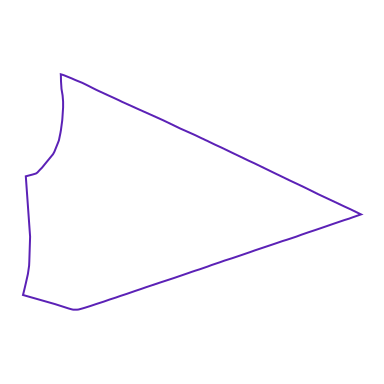 outline of Bang Rak, Bangkok Metropolis, Thailand
{"feature_id": "78962969B21666986895715", "entity_name": "Bang Rak", "entity_type": "district", "adm_level": 2, "iso_a3": "THA", "parent_name": "Thailand", "parent_adm1": "Bangkok Metropolis", "projection": "robinson", "projection_center": [100.525, 13.728], "detail": "fine", "context": "isolated", "style": "outline", "palette": "violet", "viewbox_px": 384, "rotation_deg": 0, "n_neighbors": 0, "source": "geoboundaries", "source_scale": "gbopen_adm2", "svg_char_len": 1631}
<svg xmlns="http://www.w3.org/2000/svg" viewBox="0 0 384 384"><path d="M23.0,295.0L55.0,304.1L68.4,308.4L69.8,308.8L71.2,309.2L72.4,309.5L73.5,309.7L74.7,309.7L76.8,309.7L78.6,309.5L82.6,308.4L85.3,307.6L90.4,306.0L96.0,304.1L103.8,301.6L109.7,299.5L116.0,297.5L120.5,295.9L126.7,293.9L135.0,291.0L141.0,289.0L146.1,287.2L155.1,284.2L161.1,282.2L168.5,279.8L174.3,277.9L180.4,275.8L189.4,272.7L191.3,272.0L195.2,270.7L199.7,269.3L207.8,266.5L211.7,265.0L219.8,262.3L224.5,260.6L232.2,258.2L239.9,255.6L250.1,252.1L254.8,250.4L259.6,248.8L266.2,246.6L271.3,244.9L276.9,243.0L282.7,241.0L286.7,239.8L290.1,238.7L296.4,236.6L301.7,234.6L308.4,232.3L314.8,230.2L320.7,228.2L327.1,226.0L333.4,223.8L344.3,220.1L349.2,218.6L352.7,217.3L355.6,216.3L361.0,214.4L358.7,213.3L358.1,213.0L350.1,209.1L344.4,206.5L318.0,194.1L304.1,187.2L289.0,180.1L278.1,174.8L277.2,174.4L269.2,170.5L254.4,163.3L248.7,160.7L231.2,152.3L221.5,147.6L215.1,144.7L208.5,141.5L207.6,141.0L205.5,140.1L203.1,138.9L201.9,138.4L195.5,135.3L193.3,134.3L180.2,128.5L163.0,120.2L139.3,109.6L122.0,101.8L119.2,100.4L113.4,97.7L108.3,95.4L100.7,91.9L99.8,91.5L96.4,89.9L95.2,89.3L94.6,89.0L93.4,88.4L88.3,85.8L85.5,84.4L82.2,82.8L76.0,80.3L74.6,79.7L71.7,78.4L67.0,76.5L64.3,75.4L62.9,74.9L60.8,74.3L60.9,76.1L61.0,81.2L61.5,88.9L62.6,95.5L63.1,101.7L63.1,107.4L62.4,118.3L62.2,120.6L60.9,130.3L60.4,133.1L58.9,140.4L57.9,143.0L54.4,151.7L53.1,154.1L44.5,164.6L42.0,167.7L39.7,170.0L37.6,172.3L37.3,172.6L36.0,173.5L32.7,174.5L25.8,176.3L30.1,236.7L29.3,261.6L29.1,265.7L27.9,274.0L25.7,283.8L24.5,288.9L23.0,295.0Z" fill="none" stroke="#5b21b6" stroke-width="2"/></svg>